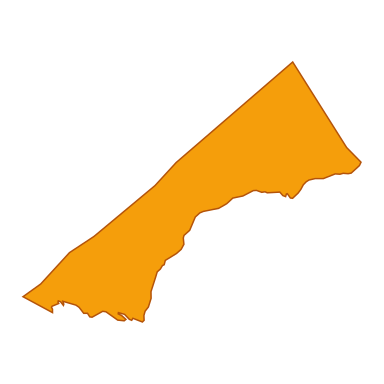 outline of Tadjourah, Tadjourah, Djibouti
{"feature_id": "41766387B13463549189785", "entity_name": "Tadjourah", "entity_type": "district", "adm_level": 2, "iso_a3": "DJI", "parent_name": "Djibouti", "parent_adm1": "Tadjourah", "projection": "albers", "projection_center": [42.755, 11.778], "detail": "fine", "context": "isolated", "style": "filled", "palette": "amber", "viewbox_px": 384, "rotation_deg": 0, "n_neighbors": 0, "source": "geoboundaries", "source_scale": "gbopen_adm2", "svg_char_len": 1248}
<svg xmlns="http://www.w3.org/2000/svg" viewBox="0 0 384 384"><path d="M292.7,62.0L176.2,162.5L155.0,185.6L93.9,236.5L69.5,252.6L40.7,284.0L23.0,296.7L52.5,312.6L52.5,309.2L51.5,307.3L52.1,306.2L58.7,303.5L58.0,302.3L58.3,300.9L60.6,301.8L63.4,305.4L63.8,304.2L62.9,301.3L75.9,305.1L78.8,307.1L79.4,307.7L83.7,313.3L87.5,313.3L89.8,316.9L92.1,317.2L102.7,311.3L106.0,311.8L117.7,320.1L124.2,320.8L125.9,319.4L121.6,315.5L118.2,313.9L118.4,312.6L123.0,313.9L124.6,314.4L129.3,319.3L131.7,320.3L132.9,318.3L142.4,322.0L144.1,320.3L143.9,315.5L145.1,311.2L148.4,307.0L151.1,298.3L151.0,291.6L155.7,276.9L157.2,271.9L160.4,269.0L162.4,265.6L164.2,264.7L165.3,260.4L176.6,253.4L181.2,249.3L183.9,244.3L183.3,238.0L184.0,235.4L189.7,230.3L195.3,217.0L199.8,212.9L203.4,211.4L218.7,208.3L226.7,203.7L232.8,198.1L236.5,197.3L242.9,196.0L253.3,190.6L256.5,190.4L261.7,192.3L265.1,191.8L267.2,192.8L279.8,192.1L282.9,195.6L285.6,196.6L286.4,194.0L287.3,193.7L290.4,198.0L292.6,198.3L298.1,193.1L300.9,189.3L303.3,184.8L306.2,181.8L309.0,180.0L309.6,179.9L315.1,178.6L322.4,178.6L323.3,178.6L335.2,173.9L340.0,174.2L343.2,173.3L348.1,173.7L351.2,173.1L359.4,165.6L361.0,162.2L346.6,147.5L292.7,62.0Z" fill="#f59e0b" stroke="#b45309" stroke-width="1.5"/></svg>